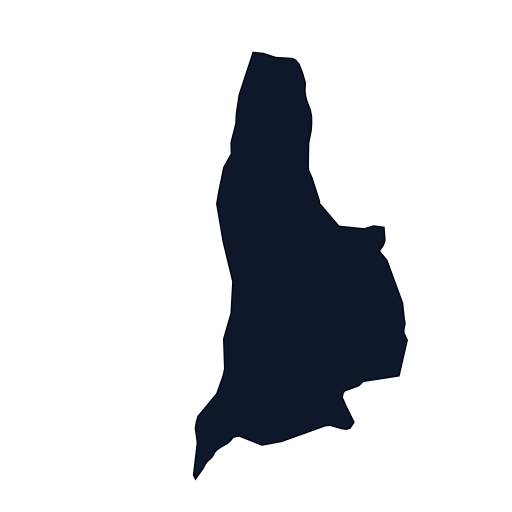 SVG path tracing the border of Quindío, rotated 161°
{"feature_id": "COL-1400", "entity_name": "Quindío", "entity_type": "Department", "adm_level": 1, "iso_a3": "COL", "parent_name": "Colombia", "parent_adm1": "", "projection": "natural_earth1", "projection_center": [-75.678, 4.399], "detail": "fine", "context": "isolated", "style": "filled", "palette": "ink", "viewbox_px": 512, "rotation_deg": 161, "n_neighbors": 0, "source": "natural_earth", "source_scale": "10m", "svg_char_len": 1173}
<svg xmlns="http://www.w3.org/2000/svg" viewBox="0 0 512 512"><g transform="rotate(161 256 256)"><path d="M385.9,64.7L386.3,69.3L372.2,98.5L369.4,112.8L366.1,118.9L362.9,123.3L337.9,138.5L326.3,153.0L322.3,159.5L313.5,188.1L298.1,210.0L286.2,239.3L282.3,280.3L276.1,318.0L270.0,329.2L257.5,350.3L246.0,360.6L242.6,371.3L231.8,387.8L228.0,397.3L219.3,413.9L192.4,449.4L182.8,444.9L172.9,437.3L157.2,430.8L154.6,427.9L152.9,423.3L152.5,413.8L153.0,403.8L156.1,395.9L157.0,391.6L157.5,386.6L157.2,375.7L158.1,369.9L160.2,363.5L162.8,357.2L169.6,345.4L177.8,322.9L178.4,319.6L177.7,311.3L178.2,287.3L179.0,285.3L168.0,257.1L144.9,246.4L135.0,246.1L125.7,241.4L129.0,228.8L130.4,226.9L132.1,224.9L137.9,220.5L133.7,209.4L132.8,163.7L136.4,148.3L137.1,143.6L140.2,138.3L141.3,135.1L140.4,127.3L159.8,96.2L195.6,102.6L200.9,100.0L216.4,99.6L218.8,97.4L220.6,94.1L219.8,84.5L217.5,67.0L223.2,62.6L227.2,62.9L230.8,64.8L241.2,71.9L245.9,73.0L292.2,72.4L311.9,75.3L330.3,91.2L333.2,91.8L336.9,92.1L340.0,89.9L343.8,88.2L352.0,86.7L356.3,85.4L359.3,83.7L362.5,80.7L364.5,79.5L368.9,77.7L372.1,75.5L374.5,73.0L385.9,64.7Z" fill="#0f172a" stroke="#020617" stroke-width="1.5"/></g></svg>